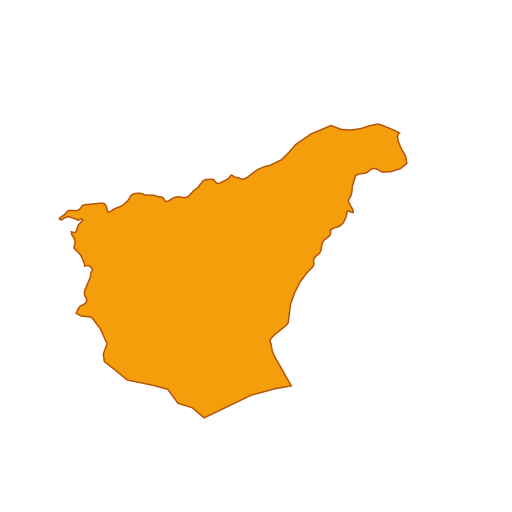 SVG path tracing the border of Faranah, rotated 241°
{"feature_id": "GIN-5636", "entity_name": "Faranah", "entity_type": "Prefecture", "adm_level": 1, "iso_a3": "GIN", "parent_name": "Guinea", "parent_adm1": "", "projection": "natural_earth1", "projection_center": [-10.509, 9.855], "detail": "fine", "context": "isolated", "style": "filled", "palette": "amber", "viewbox_px": 512, "rotation_deg": 241, "n_neighbors": 0, "source": "natural_earth", "source_scale": "10m", "svg_char_len": 3184}
<svg xmlns="http://www.w3.org/2000/svg" viewBox="0 0 512 512"><g transform="rotate(241 256 256)"><path d="M252.9,363.2L249.4,363.1L246.9,362.1L248.8,360.1L250.9,358.4L250.5,357.1L247.5,354.8L244.5,351.1L242.4,347.7L241.5,343.6L242.6,337.9L242.8,334.6L241.3,333.1L239.3,332.0L237.9,329.9L236.9,323.6L236.2,321.7L234.3,319.4L229.2,315.4L227.8,313.2L226.4,307.1L225.6,305.4L224.3,304.2L221.1,302.8L220.0,302.0L218.8,299.8L216.5,292.0L211.8,281.7L204.9,271.6L196.8,262.6L182.2,251.9L180.8,249.2L178.1,234.1L176.6,229.0L174.5,226.8L171.7,226.5L165.1,224.2L160.1,223.6L125.3,223.9L130.6,208.6L136.6,184.5L139.6,132.1L154.4,126.6L165.0,116.3L182.2,114.2L192.9,103.2L210.0,83.2L224.2,77.7L237.2,72.2L244.3,74.9L251.4,83.2L267.4,84.6L282.2,82.5L288.1,74.2L293.0,70.9L295.6,74.2L296.8,76.4L297.3,78.1L297.3,79.8L297.2,82.1L297.4,83.6L298.0,85.0L298.7,85.9L299.6,86.6L300.7,86.8L305.0,87.2L306.5,87.8L307.8,88.6L309.0,89.7L318.1,101.2L320.2,102.6L321.2,103.2L323.8,106.7L325.5,106.2L327.3,105.8L328.7,104.9L329.7,103.4L330.2,101.3L332.3,102.1L337.9,102.9L341.7,103.0L343.3,102.8L350.8,100.7L352.5,101.4L353.7,102.9L355.8,104.6L358.7,105.5L364.0,105.2L366.7,106.2L364.3,108.7L364.6,110.7L368.7,114.9L369.5,116.4L371.0,121.0L371.4,122.0L373.2,121.2L373.5,119.5L373.5,117.9L374.2,117.1L375.6,116.3L380.2,112.3L381.5,110.9L382.1,106.8L381.9,103.1L383.6,101.9L384.4,102.6L385.1,108.9L385.4,109.8L385.8,110.8L386.4,111.8L386.7,113.0L386.5,114.6L384.9,117.5L383.8,119.0L382.9,120.5L382.4,121.9L382.4,124.4L382.8,125.8L383.4,127.0L384.0,127.8L384.3,129.0L383.8,131.2L377.3,146.1L375.9,148.3L374.6,149.0L373.3,149.1L370.8,148.9L366.7,147.8L365.9,148.3L365.5,149.5L365.6,151.7L365.9,153.2L365.9,155.3L365.0,162.2L365.1,164.4L365.3,166.1L365.7,167.3L366.7,171.0L367.7,173.0L368.3,173.9L369.4,175.8L369.7,176.9L369.7,178.5L369.3,180.5L367.5,184.2L366.4,186.0L365.2,187.1L363.4,188.2L362.6,189.2L358.3,196.6L356.0,198.4L355.3,199.2L354.8,200.1L354.2,201.0L353.5,201.8L352.7,202.5L351.8,203.0L350.9,203.2L348.8,203.0L347.8,203.1L347.1,204.2L346.7,205.8L346.9,211.0L346.7,213.0L346.3,214.9L345.1,217.3L344.2,218.6L342.6,220.4L341.6,222.0L341.2,223.0L341.0,223.8L341.0,225.2L341.4,227.6L343.2,232.6L343.5,233.9L344.0,238.2L344.3,239.3L345.4,241.2L346.2,243.5L347.2,245.5L347.5,246.7L347.3,248.3L346.8,250.1L344.2,255.2L343.4,255.9L342.3,256.2L339.8,256.6L338.7,256.9L337.8,258.2L337.3,260.4L337.0,267.8L337.2,269.7L337.6,270.9L338.2,271.9L338.6,272.8L338.7,273.6L337.8,274.5L335.6,275.4L334.8,276.2L333.1,278.5L331.2,279.9L330.5,280.5L329.8,281.4L329.3,282.3L329.0,283.9L329.0,286.3L330.6,297.4L330.6,300.7L330.1,306.5L328.6,311.8L327.8,325.0L330.8,335.4L334.3,345.0L336.1,363.6L333.7,385.0L325.4,391.9L320.1,400.1L316.6,409.6L314.9,418.4L312.7,425.6L312.0,426.9L309.1,429.8L298.2,438.4L294.0,441.1L293.8,439.6L291.4,437.4L286.8,435.9L279.0,435.0L270.8,435.3L263.8,432.8L262.4,424.5L264.5,414.6L268.0,407.4L269.9,405.9L272.2,404.7L274.2,403.2L275.8,400.6L276.1,398.4L275.3,394.6L275.3,392.6L276.2,389.7L277.3,387.2L278.1,384.6L277.8,381.8L269.4,373.3L267.3,372.2L264.7,370.2L262.4,367.8L260.0,363.7L258.2,363.2L256.1,363.3L254.1,363.0L252.9,363.2Z" fill="#f59e0b" stroke="#b45309" stroke-width="1.5"/></g></svg>